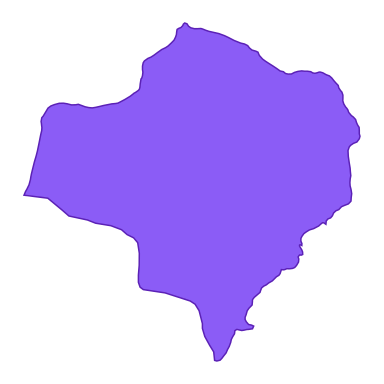 North Tongoa, Shefa, Vanuatu
{"feature_id": "77236927B34158198253981", "entity_name": "North Tongoa", "entity_type": "district", "adm_level": 2, "iso_a3": "VUT", "parent_name": "Vanuatu", "parent_adm1": "Shefa", "projection": "orthographic", "projection_center": [168.569, -16.896], "detail": "fine", "context": "isolated", "style": "filled", "palette": "violet", "viewbox_px": 384, "rotation_deg": 0, "n_neighbors": 0, "source": "geoboundaries", "source_scale": "gbopen_adm2", "svg_char_len": 3599}
<svg xmlns="http://www.w3.org/2000/svg" viewBox="0 0 384 384"><path d="M24.0,195.2L47.8,198.2L62.4,210.3L68.9,216.0L87.5,220.0L95.6,223.2L110.9,225.7L121.5,229.7L127.1,234.6L133.6,237.8L137.7,242.7L139.3,253.2L139.2,265.3L138.4,275.1L138.4,282.3L140.1,287.2L143.3,289.6L165.1,292.9L190.2,301.0L195.1,304.2L199.1,310.7L202.4,323.6L202.4,328.4L204.8,336.5L209.7,345.4L213.7,351.9L214.6,360.4L216.8,361.0L220.1,360.2L221.9,358.3L223.7,355.9L226.1,352.9L227.5,349.6L229.2,346.5L230.7,342.4L231.3,339.5L232.7,336.7L234.5,333.8L234.9,330.6L236.9,329.4L239.5,330.0L241.8,330.5L244.2,330.1L246.8,329.5L248.5,329.4L252.5,328.8L253.7,326.1L251.6,325.1L248.6,324.5L246.3,321.8L245.1,319.5L245.1,317.3L246.1,314.7L247.2,310.8L248.9,308.3L252.1,305.0L252.4,302.0L252.5,299.7L254.2,297.4L257.0,295.0L260.0,292.4L260.6,290.5L261.6,287.9L263.8,286.1L266.4,284.8L268.6,283.0L272.3,280.9L274.3,278.9L276.5,276.7L278.9,275.3L280.1,273.6L280.8,271.4L281.4,269.6L283.4,269.8L284.7,269.6L286.8,268.7L289.3,268.8L292.6,268.4L294.7,267.5L296.5,265.5L298.5,262.1L298.8,259.0L298.1,256.9L299.5,255.0L301.3,255.1L302.7,254.5L302.6,252.0L301.8,249.9L300.7,248.1L299.9,246.7L299.5,245.9L299.6,245.0L300.7,244.9L301.8,245.5L301.9,243.5L300.9,241.1L300.9,238.5L301.9,236.4L303.9,233.6L306.7,231.6L309.5,229.9L313.7,228.6L317.3,226.7L318.7,226.0L319.1,225.6L321.0,223.9L322.6,222.7L323.9,222.9L325.9,224.3L326.0,223.4L326.2,221.0L328.0,218.9L330.6,217.9L332.4,215.8L333.6,213.0L335.9,210.8L338.8,209.6L341.5,206.7L344.5,205.4L348.4,203.9L351.0,201.1L351.2,197.6L351.7,193.7L351.2,190.5L351.0,189.3L350.1,185.8L349.9,182.6L350.2,178.9L350.8,175.7L350.4,171.9L350.1,168.0L349.2,162.6L348.3,156.4L348.0,150.6L349.0,147.6L349.2,147.0L350.7,145.2L351.1,145.0L353.4,143.4L356.9,142.0L359.3,138.8L360.0,136.2L359.3,133.8L359.3,130.3L359.1,127.3L357.7,125.2L356.5,122.5L355.6,119.5L353.3,117.0L351.4,115.6L348.7,112.4L347.8,109.8L346.7,108.2L345.6,107.0L343.8,104.0L342.8,100.8L342.9,98.2L342.9,95.1L341.9,92.1L340.5,90.5L338.8,87.9L338.2,85.4L335.8,82.9L333.9,80.7L331.7,77.9L329.4,75.9L326.2,74.7L322.8,72.8L320.4,72.1L319.1,72.1L317.1,72.8L314.9,73.3L312.7,72.9L310.8,71.7L307.3,71.2L304.5,71.2L301.7,70.9L297.9,71.4L294.5,72.4L291.4,74.0L290.1,74.0L288.2,74.1L287.3,73.9L285.5,73.5L283.4,71.7L280.2,71.0L277.1,68.8L273.1,66.1L269.3,63.7L265.6,61.3L262.6,59.1L259.4,55.5L258.8,54.3L258.0,52.2L255.9,51.2L251.9,50.0L249.4,47.9L247.7,45.6L244.5,44.0L240.7,43.1L234.2,40.5L228.4,37.5L224.6,35.7L218.9,33.6L218.5,33.5L213.2,32.3L208.8,31.3L205.8,30.3L202.6,29.0L200.9,28.5L197.2,28.7L194.4,28.7L190.8,27.8L188.5,26.2L187.0,23.8L184.7,23.0L183.4,24.1L182.7,25.7L181.0,27.5L178.7,28.4L177.1,29.4L176.7,31.6L176.4,34.6L175.5,37.2L174.0,40.2L171.4,42.9L168.1,46.0L165.7,47.6L161.6,49.6L159.0,51.5L157.7,52.4L154.1,55.1L151.0,57.1L147.9,58.4L144.4,60.9L143.2,62.8L142.5,66.1L142.5,69.7L142.9,72.1L142.5,75.6L141.8,78.0L141.0,79.0L140.8,80.3L140.2,84.0L139.9,87.3L139.3,89.4L138.1,90.6L136.8,91.5L135.4,92.5L134.8,92.8L134.0,93.2L133.1,94.0L131.7,95.1L130.3,96.2L128.3,97.4L125.2,99.3L122.6,100.7L118.0,103.1L115.7,103.5L111.6,103.9L107.6,104.7L103.5,105.5L99.9,106.4L95.9,107.3L92.3,107.9L88.8,107.6L85.1,106.8L81.6,105.5L78.3,104.3L75.6,104.8L71.5,104.9L67.2,103.8L63.5,103.2L59.2,103.3L54.4,104.6L50.8,106.0L48.0,108.1L46.4,110.8L43.2,116.1L41.8,117.7L41.1,121.5L41.5,124.1L41.5,124.6L41.9,127.6L41.7,130.6L40.8,134.3L39.8,139.3L39.5,140.9L38.5,145.8L37.4,151.1L36.2,155.8L34.4,161.9L33.1,167.1L31.5,173.6L30.9,176.6L30.4,179.7L29.0,184.9L27.6,187.7L27.1,188.8L25.6,191.4L24.0,195.2Z" fill="#8b5cf6" stroke="#5b21b6" stroke-width="1.5"/></svg>